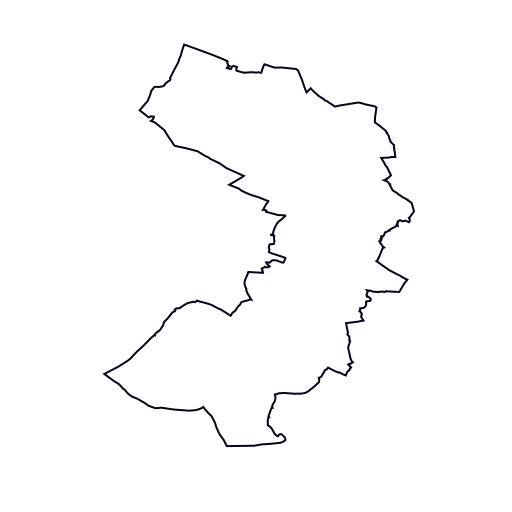 Marnardal nor, Vest-Agder, Norway (Robinson projection), rotated 196°
{"feature_id": "86288312B41344454307945", "entity_name": "Marnardal nor", "entity_type": "district", "adm_level": 2, "iso_a3": "NOR", "parent_name": "Norway", "parent_adm1": "Vest-Agder", "projection": "robinson", "projection_center": [7.526, 58.305], "detail": "fine", "context": "isolated", "style": "outline", "palette": "ink", "viewbox_px": 512, "rotation_deg": 196, "n_neighbors": 0, "source": "geoboundaries", "source_scale": "gbopen_adm2", "svg_char_len": 6113}
<svg xmlns="http://www.w3.org/2000/svg" viewBox="0 0 512 512"><g transform="rotate(196 256 256)"><path d="M181.1,431.8L182.0,432.4L185.1,432.6L185.5,432.4L192.9,431.9L194.4,432.0L199.8,431.8L216.9,423.8L221.3,421.4L230.9,424.5L232.7,424.5L234.1,425.5L239.6,427.0L247.5,430.9L249.6,432.3L252.5,427.2L255.9,431.5L260.2,437.8L266.6,445.8L269.0,446.8L283.1,444.3L290.0,442.2L300.7,442.6L301.1,440.8L301.4,437.1L301.3,434.4L301.6,433.5L304.2,433.3L306.2,432.4L311.1,431.4L317.0,429.2L319.1,428.8L323.7,428.7L326.1,428.9L326.1,429.9L326.6,430.8L326.4,432.4L330.0,432.6L331.2,431.3L331.5,429.2L331.9,428.7L335.9,428.7L335.9,429.1L333.8,431.2L335.2,431.3L335.3,431.7L335.9,432.7L336.7,433.4L336.8,434.8L337.6,434.9L337.6,435.5L344.1,436.4L355.4,437.5L383.3,439.5L383.2,438.9L383.4,438.4L383.2,438.1L383.5,437.7L383.7,431.0L383.5,428.2L384.1,424.0L384.1,420.7L386.0,412.1L387.7,403.2L386.9,402.0L387.2,401.0L388.7,399.5L390.4,397.1L391.6,393.9L395.4,391.9L399.9,390.7L400.4,390.3L402.1,385.9L402.2,381.4L402.8,375.3L408.0,364.0L397.5,359.7L396.8,360.5L396.1,360.7L395.7,361.2L392.7,361.8L392.7,361.1L392.4,360.7L392.5,360.2L393.3,357.9L394.2,356.9L389.7,356.4L379.0,351.8L372.4,345.9L367.7,342.2L367.3,341.6L365.2,339.9L364.2,339.5L353.1,340.3L341.1,340.6L332.7,338.2L328.7,337.6L326.8,336.8L316.5,335.0L308.5,332.3L289.8,329.6L292.0,326.9L301.4,317.1L290.6,316.0L288.2,314.9L282.8,313.9L277.2,313.3L270.1,313.2L259.3,312.1L259.7,310.5L260.6,308.4L262.0,302.2L260.7,302.7L258.6,302.5L258.6,301.3L246.6,301.4L239.4,303.0L239.0,302.7L239.1,302.1L242.4,297.0L243.5,295.8L244.7,293.2L245.8,288.4L246.1,283.7L245.4,281.5L248.2,280.4L244.1,280.5L243.9,279.2L242.9,276.2L242.4,275.6L242.2,272.4L246.1,271.0L246.1,267.6L244.8,265.6L244.7,263.3L242.2,262.9L229.6,262.5L227.2,262.2L227.3,259.4L227.9,257.1L229.6,256.9L235.5,257.4L238.7,256.6L239.2,256.3L241.2,253.2L243.1,253.2L244.5,252.6L242.3,250.7L240.1,250.0L240.4,249.5L240.3,249.2L241.7,248.3L242.8,248.0L244.4,248.1L244.4,247.8L247.0,245.5L246.5,244.5L245.6,243.8L245.1,242.7L245.4,242.5L244.8,241.7L259.0,238.5L259.2,237.6L258.9,236.8L259.2,235.7L259.6,232.1L260.0,229.8L259.7,227.5L259.2,225.7L257.8,223.5L256.3,222.0L256.0,220.5L254.4,218.3L248.7,212.8L249.7,212.9L250.7,211.7L256.7,208.1L257.4,207.4L257.8,205.3L258.3,204.1L259.0,203.3L261.3,196.8L262.0,196.3L263.3,194.3L263.6,192.0L263.9,191.6L275.3,194.9L277.6,195.1L285.8,196.8L289.5,196.9L299.9,196.7L300.4,196.9L301.9,194.8L303.7,194.7L308.7,191.9L311.7,188.9L314.9,184.9L317.9,183.8L319.2,182.5L319.4,182.1L318.6,181.5L318.8,180.6L320.8,178.8L323.6,171.9L326.3,167.0L326.1,164.7L327.5,159.3L328.1,158.0L328.6,157.2L329.4,156.6L329.8,155.5L330.3,155.3L331.2,153.9L331.4,152.8L331.2,151.8L332.0,151.9L334.5,147.9L339.6,138.5L344.0,131.4L348.6,122.5L350.4,120.0L357.8,111.7L369.3,100.8L358.3,96.7L353.2,95.3L350.5,94.0L347.0,91.7L344.5,90.9L343.6,90.0L340.7,88.2L336.4,86.7L330.8,86.1L322.3,84.0L317.9,82.4L311.3,82.0L309.3,82.4L305.6,84.0L293.1,85.7L277.5,88.9L271.6,91.2L269.9,92.1L267.3,94.0L265.7,95.5L265.1,96.4L262.8,94.6L258.2,91.7L254.5,89.8L251.0,86.0L250.0,85.1L246.5,79.9L241.8,74.5L236.5,70.4L231.7,65.2L205.5,73.1L198.5,76.5L188.8,80.0L180.8,83.3L179.3,84.4L177.4,86.4L177.1,87.0L177.1,87.7L178.2,89.5L181.0,91.1L182.0,91.5L183.2,91.6L184.0,91.2L184.2,90.7L184.9,90.1L185.2,88.8L186.8,89.0L189.4,90.4L191.5,92.8L193.9,94.9L197.0,96.4L198.0,96.5L198.6,98.9L199.2,100.3L199.6,104.3L199.0,104.7L199.8,105.4L199.4,112.1L199.1,114.7L198.3,114.7L198.9,115.8L199.0,117.8L198.0,121.2L198.0,123.9L198.4,125.8L199.7,128.1L197.2,129.5L196.5,130.2L190.8,132.2L181.1,134.2L174.5,136.2L171.0,137.9L168.5,140.3L163.7,147.1L160.8,151.9L160.8,153.1L161.2,154.9L162.1,156.1L160.0,157.9L158.5,163.8L158.4,165.2L156.7,166.7L156.0,168.6L148.5,167.1L144.3,166.7L143.5,167.1L140.7,166.4L136.8,165.9L136.4,169.7L135.9,170.2L135.5,171.6L134.9,171.8L135.0,172.2L134.7,172.4L134.8,172.7L134.7,173.3L134.1,174.6L134.5,175.0L134.2,175.3L137.5,177.1L136.6,178.1L135.3,178.5L133.6,180.5L134.6,180.9L137.2,183.9L139.0,187.5L142.1,193.1L142.3,194.4L142.0,199.8L142.9,200.4L143.0,200.6L142.6,200.8L143.5,202.0L143.7,203.2L144.1,204.2L146.5,205.8L146.6,208.4L147.3,209.1L150.9,216.3L139.4,221.2L137.1,222.6L134.9,223.5L138.4,226.7L138.2,228.5L138.3,229.5L139.1,230.1L139.1,230.4L141.4,231.6L141.0,233.2L141.5,234.4L138.9,235.4L138.2,235.9L137.5,236.6L136.6,238.7L136.8,240.0L137.6,242.6L133.8,244.4L133.6,245.8L133.8,246.2L135.8,247.5L138.1,247.6L138.1,248.3L138.8,248.4L139.1,249.4L138.8,251.6L139.0,252.6L140.0,253.6L137.1,253.9L136.9,254.2L132.8,254.0L130.8,254.7L128.7,254.8L128.0,255.3L128.0,255.5L125.4,256.3L124.5,256.8L122.3,256.8L121.2,258.1L120.5,258.1L108.4,260.9L105.8,270.8L104.7,273.1L104.0,275.0L106.1,275.2L109.5,276.0L112.3,276.9L114.7,277.2L124.4,279.2L138.9,284.3L137.8,285.8L138.1,287.2L137.7,287.6L137.5,288.4L137.6,289.3L137.3,289.8L136.4,298.3L135.1,299.5L135.8,299.8L136.6,299.6L137.4,300.8L138.3,301.4L138.6,301.9L139.4,302.2L141.2,303.8L141.5,304.2L140.2,305.0L140.0,305.4L140.0,306.3L141.1,306.7L141.0,307.1L140.2,307.7L140.4,308.1L140.2,308.2L141.1,309.3L140.9,309.7L139.0,310.1L138.5,313.3L138.6,314.2L137.2,315.1L135.6,316.8L134.4,317.3L134.5,317.7L134.9,317.8L131.9,321.1L130.5,322.0L129.3,323.9L128.0,323.9L128.4,324.9L129.5,325.3L128.7,327.2L129.3,327.5L129.3,327.8L129.2,328.5L127.4,330.2L125.7,329.8L124.2,329.9L122.1,331.2L118.3,330.6L117.9,331.5L118.3,333.8L119.6,334.8L118.7,336.1L116.4,342.5L121.0,349.9L125.4,351.4L125.7,351.9L126.7,351.9L128.3,352.4L130.7,352.8L137.2,354.9L137.6,355.3L142.3,356.6L144.1,358.0L144.4,358.7L146.5,360.7L146.7,361.9L147.7,361.9L149.1,363.3L151.0,363.9L153.8,364.2L151.6,365.8L151.9,366.2L150.3,367.7L148.5,370.8L154.5,377.5L156.1,378.4L157.9,380.2L157.9,380.4L162.7,384.8L155.8,387.1L152.8,388.6L149.4,389.6L149.8,390.1L150.1,391.3L150.8,392.7L151.1,394.0L152.7,396.8L152.6,397.4L153.3,398.3L153.6,399.1L153.5,399.7L153.9,400.7L154.2,400.7L158.5,403.2L158.7,404.0L160.5,406.1L161.6,408.1L164.0,410.0L164.4,410.5L164.2,410.7L164.9,411.0L166.0,412.3L166.3,412.3L172.7,415.1L178.6,417.3L179.8,422.2L181.1,431.8Z" fill="none" stroke="#020617" stroke-width="2"/></g></svg>